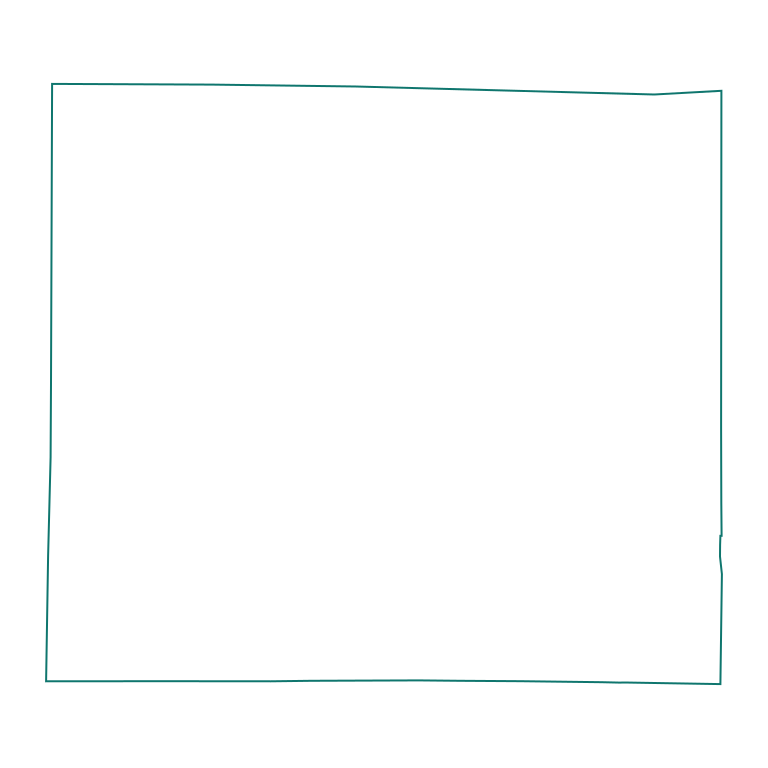 Outagamie, Wisconsin, United States of America (orthographic projection)
{"feature_id": "52423323B24599611590152", "entity_name": "Outagamie", "entity_type": "district", "adm_level": 2, "iso_a3": "USA", "parent_name": "United States of America", "parent_adm1": "Wisconsin", "projection": "orthographic", "projection_center": [-88.417, 44.416], "detail": "fine", "context": "isolated", "style": "outline", "palette": "teal", "viewbox_px": 768, "rotation_deg": 0, "n_neighbors": 0, "source": "geoboundaries", "source_scale": "gbopen_adm2", "svg_char_len": 452}
<svg xmlns="http://www.w3.org/2000/svg" viewBox="0 0 768 768"><path d="M46.1,681.3L162.6,681.2L270.8,681.3L311.0,680.8L416.6,680.4L419.8,680.4L459.8,680.8L521.4,681.2L601.8,682.2L619.6,682.6L624.7,682.5L720.4,684.1L721.9,574.1L720.0,556.5L720.1,544.9L720.4,535.8L721.6,535.8L721.3,502.9L721.1,426.7L721.4,90.8L654.3,94.5L355.9,86.5L212.2,84.6L52.1,83.9L51.0,384.0L50.6,457.3L48.1,556.2L46.1,681.3Z" fill="none" stroke="#0f766e" stroke-width="2"/></svg>